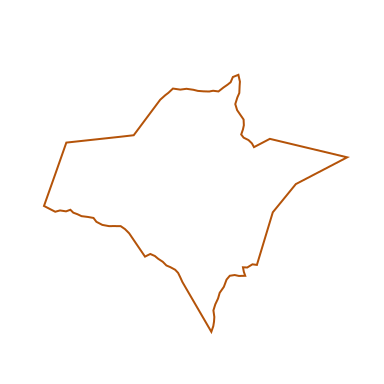 Santo André, Paraíba, Brazil (Mercator projection), rotated 289°
{"feature_id": "56859067B12125725469802", "entity_name": "Santo André", "entity_type": "district", "adm_level": 2, "iso_a3": "BRA", "parent_name": "Brazil", "parent_adm1": "Paraíba", "projection": "mercator", "projection_center": [-36.617, -7.225], "detail": "fine", "context": "isolated", "style": "outline", "palette": "amber", "viewbox_px": 384, "rotation_deg": 289, "n_neighbors": 0, "source": "geoboundaries", "source_scale": "gbopen_adm2", "svg_char_len": 1216}
<svg xmlns="http://www.w3.org/2000/svg" viewBox="0 0 384 384"><g transform="rotate(289 192 192)"><path d="M268.9,131.9L226.7,118.4L221.2,106.9L204.1,70.5L197.8,57.1L164.3,56.9L130.6,56.6L128.8,69.1L131.6,73.2L132.7,79.2L135.6,82.8L133.8,86.5L133.7,90.9L133.2,95.4L134.5,101.6L135.4,107.3L132.7,111.3L131.7,117.9L132.7,124.6L134.4,129.4L136.5,135.7L135.1,140.7L132.5,146.0L115.6,168.6L119.8,172.7L119.4,177.7L117.8,181.9L116.5,187.1L114.2,191.7L113.9,196.0L113.0,201.4L111.0,205.2L107.7,208.5L103.7,212.3L66.1,255.8L72.1,255.8L76.7,255.0L81.1,253.8L87.0,250.8L93.4,250.6L99.8,251.3L105.7,251.0L112.7,253.0L120.5,253.2L125.1,255.0L127.4,259.4L127.9,263.7L130.1,269.6L133.4,267.0L137.4,264.7L138.6,268.8L143.3,272.7L144.2,277.1L199.1,275.0L233.3,287.6L275.3,327.4L267.6,248.3L254.6,236.0L257.5,232.8L259.5,228.5L260.2,223.1L262.4,219.8L267.8,219.8L272.0,219.3L277.3,217.2L280.4,213.0L284.1,208.0L289.2,204.3L296.2,204.1L301.0,204.5L307.8,202.5L311.9,201.4L317.9,197.7L314.0,193.2L308.4,192.8L304.8,190.5L301.0,187.7L295.7,184.3L294.6,179.0L292.6,175.5L290.9,170.0L289.5,164.6L289.1,160.0L287.8,153.2L285.0,147.6L283.6,140.3L278.1,137.4L274.8,135.2L268.9,131.9Z" fill="none" stroke="#b45309" stroke-width="2"/></g></svg>